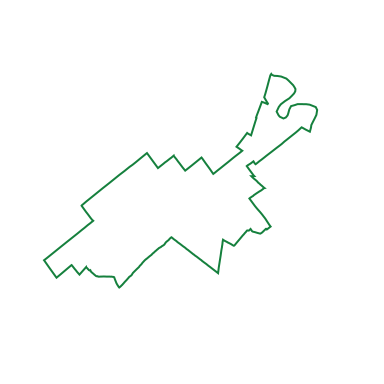 Marsani, Dolj, Romania, rotated 124°
{"feature_id": "2599482B14881654766127", "entity_name": "Marsani", "entity_type": "district", "adm_level": 2, "iso_a3": "ROU", "parent_name": "Romania", "parent_adm1": "Dolj", "projection": "natural_earth1", "projection_center": [23.99, 44.03], "detail": "fine", "context": "isolated", "style": "outline", "palette": "green", "viewbox_px": 384, "rotation_deg": 124, "n_neighbors": 0, "source": "geoboundaries", "source_scale": "gbopen_adm2", "svg_char_len": 5956}
<svg xmlns="http://www.w3.org/2000/svg" viewBox="0 0 384 384"><g transform="rotate(124 192 192)"><path d="M331.3,276.5L331.4,276.2L334.8,267.3L335.5,265.4L337.9,258.9L338.8,256.4L334.4,255.1L319.9,251.0L319.9,250.8L320.8,248.0L321.4,246.2L321.8,244.7L322.5,242.6L323.4,239.1L313.5,237.8L313.6,237.7L313.6,237.3L313.6,237.1L314.0,235.5L314.3,234.0L314.4,233.7L314.3,233.4L314.2,232.5L313.8,232.4L314.0,232.1L314.2,231.7L314.3,231.5L314.5,231.3L314.5,231.1L314.7,230.1L314.8,229.4L314.9,228.2L315.1,226.9L315.2,225.8L315.3,225.0L315.3,224.8L315.3,224.5L315.2,224.0L314.7,223.3L314.6,223.0L314.7,222.8L314.6,222.5L314.5,222.2L314.3,221.9L311.3,217.8L309.9,215.5L309.6,215.0L309.2,214.5L308.3,213.1L307.6,212.0L307.1,211.3L306.8,210.5L306.3,209.6L306.2,209.2L306.2,208.8L306.3,208.7L307.2,207.5L308.3,205.9L309.6,204.0L310.0,203.4L310.9,201.5L311.4,200.3L311.9,199.1L311.9,198.9L311.2,198.7L310.7,198.5L309.3,198.2L309.0,198.2L308.4,198.0L308.2,198.0L307.9,197.9L306.8,197.8L306.4,197.7L304.4,197.5L301.5,197.0L299.0,196.7L298.3,196.6L297.7,196.6L297.3,196.5L296.3,196.1L295.5,195.8L295.0,195.7L294.5,195.6L293.9,195.6L293.2,195.7L292.1,195.7L290.5,195.4L286.5,194.6L283.9,194.0L283.2,194.0L282.4,194.0L280.5,193.6L279.5,193.5L278.5,193.5L275.9,193.1L275.1,193.0L274.7,192.9L274.2,192.7L273.7,192.7L273.2,192.4L270.0,191.5L268.9,191.2L268.1,190.9L267.4,190.7L267.0,190.5L266.6,190.4L266.2,190.4L265.6,190.3L265.1,190.2L264.3,190.0L263.5,189.7L262.3,189.5L261.6,189.3L261.2,189.2L260.7,189.0L260.3,188.9L259.6,188.8L258.8,188.5L257.6,188.2L257.1,188.1L256.7,187.9L256.2,187.6L255.7,187.4L255.3,187.2L255.0,187.0L254.6,186.9L254.1,186.8L252.4,186.0L251.7,185.7L251.1,185.6L250.8,185.5L249.5,185.6L248.9,185.5L248.5,185.5L248.2,185.5L247.8,185.4L247.1,185.2L246.3,185.0L245.6,184.7L244.7,184.5L244.1,184.4L243.4,184.4L242.5,184.2L241.6,183.9L241.1,183.8L241.1,183.6L241.0,183.2L241.1,182.8L241.1,182.2L241.2,181.7L241.3,181.1L241.4,178.0L241.4,177.4L241.6,176.4L241.7,174.8L241.7,173.7L241.8,171.7L242.0,168.9L242.0,168.1L242.0,167.6L242.0,167.4L242.0,167.2L242.1,166.0L242.2,165.3L242.3,164.8L242.3,164.3L242.3,163.1L242.9,155.8L242.8,155.4L242.9,154.9L243.0,154.0L243.0,153.3L243.0,152.6L243.0,151.9L243.0,151.5L243.1,150.9L243.1,150.3L243.2,148.9L243.3,147.5L243.3,146.6L243.3,146.3L243.3,146.1L243.4,145.5L243.5,145.3L243.5,145.1L243.5,144.6L243.6,143.2L243.7,140.4L243.7,139.7L243.8,139.1L243.9,137.9L244.0,136.8L244.0,135.9L244.7,125.0L243.7,125.5L239.8,127.5L231.9,131.2L228.7,132.7L224.2,134.9L222.2,135.8L221.0,136.3L220.1,136.8L218.9,137.3L217.2,138.2L216.5,138.6L216.0,138.8L215.2,139.2L214.2,139.6L214.2,138.3L214.2,137.8L214.0,136.2L213.9,135.2L213.8,134.7L213.9,134.3L213.8,134.0L213.5,131.7L213.4,130.9L213.3,128.0L213.2,127.3L213.1,127.2L212.8,127.0L212.2,126.9L209.0,126.6L204.4,126.1L199.4,125.6L198.5,125.4L197.3,125.3L196.2,125.2L195.3,125.0L193.8,124.9L193.4,124.9L193.1,124.8L192.9,124.6L192.7,124.2L192.5,123.7L192.2,123.3L191.6,123.1L190.9,123.0L189.9,122.8L190.1,122.3L190.5,121.2L190.8,120.6L190.9,120.2L190.9,119.7L190.8,119.3L190.0,117.1L189.4,115.1L188.5,112.5L188.4,112.3L188.2,112.0L186.3,111.2L185.8,111.1L184.8,110.9L181.5,110.2L181.3,110.2L181.1,110.1L181.0,109.9L181.0,109.7L181.1,109.4L181.2,109.0L180.7,108.8L178.2,108.0L176.7,107.5L176.4,108.4L175.8,110.0L174.2,113.8L173.2,116.1L172.6,117.8L172.2,119.1L171.8,120.2L171.2,122.1L170.5,124.5L169.8,127.3L169.3,129.1L168.5,131.8L165.3,140.8L164.2,140.5L162.8,139.9L162.0,139.6L161.3,139.2L160.9,139.1L160.2,139.0L158.9,138.5L157.1,137.8L154.0,136.5L151.9,135.5L149.8,134.8L149.3,134.7L148.8,134.5L148.3,134.2L148.2,134.1L148.1,135.4L148.0,136.1L147.8,137.3L147.6,139.5L147.4,140.4L147.3,140.8L147.3,141.1L147.3,141.5L147.3,141.9L147.2,142.5L147.1,143.1L146.9,143.3L146.8,143.7L146.5,145.8L146.3,148.1L146.1,149.5L146.0,150.2L145.8,150.9L145.8,151.1L145.7,151.6L144.0,149.3L143.8,150.2L141.4,157.0L139.9,161.1L138.8,160.8L135.5,159.3L132.2,158.2L132.7,157.1L133.0,156.5L133.2,156.0L133.3,155.6L133.4,154.8L131.3,154.1L128.9,153.4L126.4,152.5L122.7,151.3L120.4,150.6L112.9,148.1L108.3,146.6L105.1,145.5L102.1,144.5L98.5,143.6L95.4,142.6L92.2,141.6L84.6,139.2L81.4,138.3L77.1,137.3L77.0,136.6L76.9,135.4L76.7,132.7L76.1,128.0L72.0,129.4L69.8,130.5L66.8,130.9L61.9,131.5L58.5,132.0L54.0,134.1L52.4,136.9L53.8,143.3L55.4,146.5L60.1,153.6L62.5,155.4L65.4,157.9L69.1,157.5L73.2,156.1L75.1,155.6L77.8,155.9L79.9,157.3L80.5,161.3L80.0,163.1L78.0,166.8L72.9,167.6L69.6,167.4L64.5,165.7L59.9,163.7L56.4,163.0L53.2,162.5L50.8,162.7L48.8,163.8L47.9,165.5L46.9,167.8L45.6,174.3L45.2,177.2L45.9,180.3L46.4,182.6L48.1,186.2L49.7,188.8L50.2,191.3L49.8,192.3L51.4,192.3L56.2,190.7L62.5,188.5L69.4,186.2L73.1,185.1L74.3,182.7L75.3,180.6L76.2,178.5L76.9,178.5L77.1,179.7L77.6,182.3L78.2,184.5L83.5,183.2L88.9,181.9L91.5,181.3L94.6,180.5L94.6,179.9L98.5,178.8L112.0,174.7L112.2,177.0L112.3,178.0L112.2,179.3L120.1,179.7L124.9,180.0L128.5,180.3L129.6,180.4L129.6,179.6L129.6,178.7L129.6,177.2L129.7,174.5L129.7,173.4L132.4,174.2L137.5,175.9L140.3,176.8L147.0,178.8L150.8,180.0L156.6,181.8L159.7,182.8L163.7,184.0L165.1,184.5L164.4,186.4L162.9,190.2L161.6,193.8L160.6,196.6L159.3,200.0L158.4,202.4L158.1,203.4L160.5,204.1L169.7,206.9L172.9,207.9L176.3,209.0L178.1,209.6L177.5,211.5L176.9,213.5L176.2,215.5L175.1,218.7L174.5,220.6L173.5,223.3L172.8,225.7L172.2,227.4L172.1,227.5L173.5,227.9L175.3,228.4L176.0,228.7L177.2,229.1L181.0,230.3L182.1,230.8L184.9,231.6L187.7,232.5L191.2,233.6L184.9,251.1L185.5,251.3L193.1,253.6L199.2,255.4L202.7,256.5L206.1,257.8L212.3,259.7L218.2,261.7L230.6,265.5L235.3,267.0L238.7,268.1L250.8,271.8L258.9,274.3L263.3,275.5L264.2,275.8L264.9,275.9L265.1,275.9L267.8,268.6L268.5,266.4L269.2,264.4L270.2,261.6L270.9,259.3L271.1,257.8L271.9,258.0L273.0,258.4L274.8,258.9L277.7,259.9L281.9,261.1L285.0,262.1L290.7,263.8L298.6,266.3L302.7,267.6L310.4,270.0L319.2,272.7L324.4,274.3L328.6,275.6L330.1,276.1L331.3,276.5Z" fill="none" stroke="#15803d" stroke-width="2"/></g></svg>